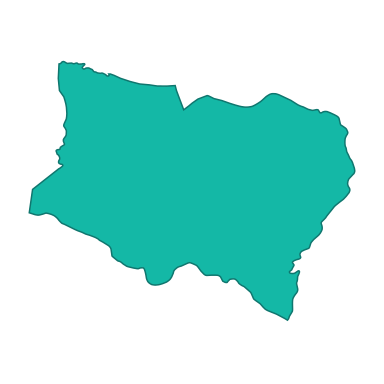 the district of Aramecina, Valle, Honduras, rotated 274°
{"feature_id": "27666195B66529854122091", "entity_name": "Aramecina", "entity_type": "district", "adm_level": 2, "iso_a3": "HND", "parent_name": "Honduras", "parent_adm1": "Valle", "projection": "robinson", "projection_center": [-87.695, 13.733], "detail": "fine", "context": "isolated", "style": "filled", "palette": "teal", "viewbox_px": 384, "rotation_deg": 274, "n_neighbors": 0, "source": "geoboundaries", "source_scale": "gbopen_adm2", "svg_char_len": 5976}
<svg xmlns="http://www.w3.org/2000/svg" viewBox="0 0 384 384"><g transform="rotate(274 192 192)"><path d="M310.5,50.4L296.0,50.7L283.9,52.7L278.0,57.5L274.4,58.9L271.1,60.0L267.9,60.8L261.5,61.7L258.3,61.7L256.0,61.5L251.7,59.9L250.4,59.5L249.6,59.4L248.9,59.5L248.3,59.8L246.7,61.1L244.8,62.2L244.1,62.4L242.3,62.5L240.5,62.5L239.6,62.4L238.3,61.7L236.4,60.5L235.7,60.2L235.0,60.0L234.3,60.1L233.6,60.2L231.2,61.3L230.8,61.4L230.5,61.4L229.8,60.8L228.9,59.4L227.4,57.6L225.4,57.2L225.1,56.6L224.9,55.2L224.5,54.2L224.0,53.7L223.4,53.6L220.3,54.9L220.1,55.1L219.9,55.7L219.2,56.4L218.2,57.1L217.0,57.6L216.3,57.7L215.6,57.7L215.2,57.6L214.4,57.1L213.2,56.8L212.4,56.8L211.8,57.0L211.2,57.5L210.9,58.2L210.6,59.2L210.6,60.2L210.3,60.7L209.9,61.2L209.4,61.3L208.8,61.0L208.2,60.5L206.5,58.5L205.8,57.4L183.5,32.8L159.9,31.1L159.5,32.8L158.5,36.8L158.3,38.2L158.2,39.7L158.3,40.9L158.7,42.3L159.6,44.9L160.5,47.0L160.8,47.8L160.7,48.8L160.5,50.4L159.9,53.2L159.3,54.8L158.9,55.9L158.4,56.8L157.2,58.5L156.2,59.7L154.4,61.3L153.2,62.6L151.9,64.1L151.5,65.0L150.8,67.2L150.1,68.9L146.5,77.7L145.4,80.7L144.2,84.9L142.6,89.0L141.7,93.0L140.7,96.3L139.9,98.8L139.0,100.8L138.6,101.6L137.4,103.1L135.9,106.4L132.9,112.1L132.4,112.9L131.7,113.7L130.6,114.6L129.4,115.2L122.9,116.6L122.4,116.8L121.4,118.1L118.2,122.6L118.0,123.2L117.7,124.7L117.4,125.5L116.8,126.5L115.3,128.5L114.4,130.2L113.4,132.0L113.0,133.5L112.1,138.8L111.7,142.5L111.7,143.5L111.8,144.0L112.5,145.4L112.8,146.5L112.9,148.3L112.9,148.7L112.7,149.0L112.2,149.5L111.4,150.0L109.1,150.9L106.1,151.8L102.7,152.6L101.7,153.0L100.5,153.6L99.4,154.3L98.4,155.4L97.6,156.7L96.9,158.1L96.7,159.6L96.6,161.3L96.7,162.6L97.2,165.3L97.6,166.6L98.6,169.2L99.8,171.7L100.4,172.9L101.4,174.2L102.5,175.4L103.5,176.3L104.5,176.9L106.0,177.7L107.8,178.3L109.5,178.9L111.2,179.2L112.2,179.5L113.4,180.3L114.8,181.7L115.8,182.8L116.3,183.7L116.7,184.5L117.3,186.3L120.8,192.8L121.3,194.2L121.3,194.9L121.2,195.7L120.5,197.9L119.4,200.9L118.9,201.9L117.5,203.3L113.7,206.5L110.9,209.6L110.4,210.4L110.0,211.1L109.9,211.8L109.8,212.6L110.4,217.2L110.7,221.4L110.7,223.2L110.5,224.4L110.0,225.5L109.3,226.4L105.2,228.9L104.5,230.5L104.2,231.3L104.1,232.0L104.1,232.8L104.3,233.4L105.3,234.0L106.7,235.2L107.3,235.6L107.5,235.9L107.9,237.4L108.2,239.3L108.2,240.3L107.9,241.4L107.2,242.4L106.3,243.4L105.6,244.1L104.4,244.9L103.7,245.7L102.3,248.0L101.2,250.7L96.2,257.3L95.7,257.7L94.8,258.3L90.3,260.6L89.6,261.0L88.4,262.7L85.3,267.8L82.2,270.9L80.3,273.1L79.6,274.4L78.9,276.0L77.6,280.0L76.4,283.8L75.9,285.2L72.3,293.3L70.8,296.2L72.3,297.2L74.9,297.9L76.3,298.6L79.0,300.0L80.3,300.5L82.0,300.5L87.6,300.0L89.6,299.9L91.4,299.9L92.7,300.1L93.7,300.5L94.9,301.0L96.8,302.1L98.9,303.5L100.0,304.0L100.8,304.2L101.7,304.3L102.7,304.2L104.5,303.7L106.8,303.0L108.1,302.7L108.7,302.7L109.4,302.8L110.3,303.1L111.8,303.3L115.0,303.3L118.0,304.4L119.7,304.8L120.2,304.7L120.6,304.5L120.8,304.2L120.8,303.8L120.7,303.4L120.5,303.1L118.6,300.7L118.1,299.9L117.9,299.3L117.7,297.9L117.7,296.3L117.9,295.6L118.3,295.0L118.8,294.8L119.4,294.8L121.3,296.9L123.5,297.7L124.7,298.3L125.8,298.8L126.3,298.8L126.6,298.7L128.3,297.3L128.8,297.1L129.1,297.1L129.8,297.7L130.7,298.8L131.7,300.8L132.6,303.4L133.1,304.2L133.6,304.7L134.0,304.9L134.5,305.0L136.1,304.3L137.2,304.0L137.7,304.0L138.9,304.4L140.3,305.3L141.0,306.4L142.1,308.3L143.7,311.9L144.1,312.5L144.3,312.7L145.2,313.1L149.3,314.1L150.4,314.7L151.9,315.8L153.1,316.7L157.0,320.6L158.2,321.7L160.2,323.0L162.4,324.0L163.9,324.4L165.3,324.4L167.0,324.1L169.3,323.2L170.0,323.0L170.6,323.1L171.4,323.5L172.1,324.1L173.9,325.7L175.6,327.1L177.4,328.1L187.4,335.0L188.6,336.1L191.9,339.6L194.5,342.6L195.4,343.6L198.6,346.2L202.3,348.7L204.2,349.3L205.3,349.3L206.4,349.0L208.4,347.6L209.9,346.9L211.5,346.6L212.5,346.7L213.7,346.8L215.1,347.2L216.2,347.7L218.5,349.6L220.5,351.2L221.6,352.2L222.3,352.5L223.3,352.8L224.1,352.9L225.0,352.8L227.1,352.3L232.7,350.0L234.6,348.9L236.1,347.5L236.8,347.0L239.9,345.4L242.5,343.8L243.5,343.4L246.0,342.8L246.9,342.5L248.3,341.7L249.1,341.5L250.7,341.2L253.3,341.0L255.5,341.0L256.6,341.2L257.8,341.6L259.1,342.1L260.3,342.8L261.1,343.1L261.9,343.3L262.8,343.1L265.3,341.8L266.0,341.2L266.8,340.1L268.2,337.7L269.0,336.2L269.4,335.6L270.6,335.1L275.5,333.6L276.1,333.3L276.8,332.7L277.3,332.1L277.9,331.1L278.9,328.9L280.6,324.5L281.6,321.3L281.7,319.9L281.5,318.4L281.0,317.0L280.1,315.7L279.9,314.8L280.0,314.2L280.2,313.9L282.4,312.4L282.7,312.1L282.8,311.7L282.9,311.0L282.8,310.3L282.0,307.4L281.8,306.3L282.1,304.7L282.6,302.0L284.6,297.1L285.2,294.6L286.2,291.9L286.9,290.5L290.3,284.2L294.0,274.7L295.1,271.8L295.6,269.8L295.8,268.7L295.8,266.7L295.7,265.3L295.4,264.1L294.8,262.7L293.9,261.4L292.8,259.9L292.1,259.1L288.3,255.5L286.9,254.0L285.2,251.8L283.4,249.2L282.2,247.2L281.6,246.0L281.2,244.7L280.7,242.4L280.4,239.8L280.4,238.0L280.6,235.4L280.9,233.3L281.7,229.3L283.1,223.4L285.3,215.4L286.7,207.5L287.0,206.7L287.8,204.8L288.9,202.1L289.2,201.0L289.2,200.3L285.1,191.4L280.6,185.9L277.6,182.8L273.4,178.0L286.2,172.1L292.2,169.4L297.0,167.8L295.9,159.6L295.3,149.9L295.9,142.1L296.1,132.3L297.9,122.6L300.4,112.8L302.9,106.2L304.0,102.4L303.9,100.7L303.3,101.1L302.9,101.2L302.6,101.1L302.1,100.7L301.8,100.2L301.8,99.8L301.9,99.3L302.0,98.8L302.8,98.0L303.3,97.1L304.3,94.6L304.3,93.4L304.0,92.3L304.2,89.3L304.5,88.7L304.8,88.1L305.0,87.3L305.0,86.3L305.3,85.6L307.1,84.0L307.4,83.4L307.7,82.3L308.5,80.5L308.5,79.3L308.3,77.9L308.2,77.5L307.7,76.9L307.3,76.2L307.1,75.7L307.1,75.3L307.6,74.4L308.1,74.0L308.3,73.8L308.9,74.0L309.8,74.5L311.6,76.1L311.9,76.1L312.2,76.0L312.4,75.8L312.5,75.4L312.4,74.3L312.0,72.9L311.7,70.3L311.7,69.9L311.9,69.4L312.5,68.6L312.6,67.9L312.4,67.1L311.9,65.9L311.7,65.2L311.7,64.8L312.2,62.8L311.9,60.6L311.6,58.8L311.8,57.9L312.3,57.0L312.9,55.8L313.1,55.1L313.2,54.5L313.0,54.0L312.8,53.4L311.1,52.0L310.7,51.2L310.5,50.4Z" fill="#14b8a6" stroke="#0f766e" stroke-width="1.5"/></g></svg>